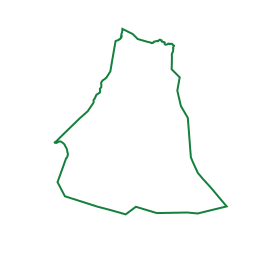 Cagaanxairxan, Uvs, Mongolia (Robinson projection), rotated 348°
{"feature_id": "93677404B56626130004498", "entity_name": "Cagaanxairxan", "entity_type": "district", "adm_level": 2, "iso_a3": "MNG", "parent_name": "Mongolia", "parent_adm1": "Uvs", "projection": "robinson", "projection_center": [94.224, 49.176], "detail": "fine", "context": "isolated", "style": "outline", "palette": "green", "viewbox_px": 256, "rotation_deg": 348, "n_neighbors": 0, "source": "geoboundaries", "source_scale": "gbopen_adm2", "svg_char_len": 3641}
<svg xmlns="http://www.w3.org/2000/svg" viewBox="0 0 256 256"><g transform="rotate(348 128 128)"><path d="M143.1,29.9L142.9,30.5L142.9,30.8L142.8,31.4L142.7,31.6L142.6,31.8L142.5,32.1L142.3,32.4L142.1,33.0L141.7,33.7L141.1,34.9L140.9,35.3L140.8,35.5L140.7,35.8L140.7,36.1L140.9,36.3L141.0,36.5L140.9,36.9L140.7,37.0L140.2,37.1L140.1,37.4L140.1,37.6L140.3,37.7L140.4,37.9L140.3,38.0L140.2,38.3L139.9,38.5L139.6,38.6L139.4,38.8L139.2,38.9L139.0,39.1L138.8,39.3L138.5,39.3L138.2,39.5L137.9,39.4L137.7,39.4L137.5,39.5L137.3,39.6L137.0,40.0L136.6,40.1L136.2,40.1L135.8,40.1L135.3,40.2L134.9,40.2L134.4,40.2L133.9,40.4L125.8,60.6L122.5,69.0L117.8,73.8L117.7,74.0L117.3,74.3L116.8,74.5L116.4,74.6L116.2,74.8L115.7,75.2L115.2,75.4L114.6,75.6L114.1,75.8L113.5,76.0L112.1,77.0L111.1,78.3L110.9,78.9L110.9,79.5L111.0,80.2L110.8,80.7L110.7,81.3L110.5,82.0L110.4,82.4L109.9,82.9L109.4,83.2L108.6,83.9L108.6,84.6L108.6,85.0L108.6,85.5L108.2,86.3L108.1,86.8L108.0,87.2L108.0,87.3L107.8,87.5L107.5,87.7L107.1,87.8L106.4,88.0L105.2,88.4L104.8,88.7L104.3,88.8L103.8,89.2L103.4,89.6L103.2,90.2L102.9,90.5L102.5,90.9L102.3,91.4L101.8,91.8L101.7,92.2L101.5,92.5L101.1,92.7L100.6,93.0L100.3,93.4L100.1,93.6L99.9,94.4L99.9,94.6L99.9,95.0L99.8,95.5L99.1,96.5L92.1,103.2L82.6,108.6L66.9,118.5L60.1,122.8L55.1,126.1L55.3,126.2L55.4,126.3L55.3,126.6L55.2,126.7L55.1,126.8L54.9,126.6L54.6,126.4L54.4,126.4L54.1,126.4L53.7,126.6L53.3,126.9L53.3,127.0L53.5,127.3L53.8,127.4L54.2,127.5L54.5,127.6L54.8,127.7L55.2,127.6L55.7,127.5L56.5,127.3L57.0,127.1L57.5,127.0L58.0,127.0L58.3,126.9L58.6,126.9L59.1,127.1L59.4,127.3L59.9,127.7L60.3,128.1L60.8,128.6L61.3,129.2L61.7,129.8L62.3,130.6L62.6,131.4L62.7,132.0L62.9,132.8L63.1,133.5L63.4,134.3L63.8,136.0L63.8,137.0L63.8,137.7L63.7,138.1L63.8,138.6L63.7,139.2L63.7,139.5L63.8,139.7L63.9,140.1L63.8,140.6L63.7,141.2L63.7,141.4L63.5,141.7L63.4,142.0L63.2,142.4L63.1,142.8L62.9,143.1L62.6,143.6L62.3,144.0L62.0,144.3L61.7,144.5L61.2,144.7L54.6,155.4L47.8,166.3L52.1,181.7L81.8,198.6L93.0,204.2L107.8,212.0L119.3,206.7L138.5,217.2L168.4,223.0L178.4,226.1L208.2,225.2L196.5,203.3L190.5,193.1L186.9,186.3L184.2,174.1L183.4,169.7L187.3,140.5L188.6,130.5L184.3,117.5L184.0,101.7L189.1,89.2L182.9,79.6L184.8,71.8L185.6,68.2L185.8,67.4L185.9,66.7L185.9,66.3L186.0,65.8L186.2,65.1L186.5,64.6L186.7,64.2L186.9,63.7L187.8,62.8L188.0,62.4L188.3,61.6L188.3,61.4L188.5,60.9L188.6,60.5L188.6,60.2L188.8,59.9L188.7,59.7L188.7,59.4L188.8,58.9L188.8,58.7L189.0,58.4L189.3,58.1L189.5,57.8L189.8,57.6L190.0,57.3L190.1,57.2L190.1,56.9L189.7,56.6L189.5,56.4L189.3,56.3L189.1,56.1L189.0,55.9L188.9,55.7L188.9,55.4L188.8,55.1L188.5,54.8L188.3,54.7L187.9,54.7L187.7,54.6L187.4,54.6L187.1,54.6L186.8,54.5L186.2,54.6L185.9,54.5L185.8,54.4L185.8,54.1L185.7,54.0L185.4,53.9L185.1,54.0L185.0,53.9L184.8,53.9L184.2,54.2L183.6,54.4L183.1,54.4L182.8,54.4L182.5,54.3L182.3,54.3L182.0,54.3L181.8,54.2L181.7,54.0L181.4,53.4L181.3,53.2L181.4,52.8L181.3,52.6L181.4,52.2L181.5,52.0L181.6,51.9L181.4,51.7L181.2,51.6L180.7,51.2L179.9,51.0L179.7,50.8L179.3,50.7L179.1,50.4L178.9,50.2L178.9,49.9L179.0,49.7L179.1,49.3L178.9,49.1L178.4,48.9L178.1,48.7L177.9,48.6L177.7,48.3L177.6,48.2L177.4,48.2L177.1,48.3L176.8,48.5L176.4,48.7L176.1,48.9L175.8,49.2L175.5,49.3L175.4,49.3L175.2,49.3L174.9,49.1L174.7,48.9L174.3,48.9L173.8,49.0L173.5,49.0L173.1,48.9L172.7,49.0L172.4,49.0L172.0,49.0L171.6,48.9L171.3,49.1L171.0,49.4L170.8,49.5L170.6,49.5L170.4,49.6L170.2,49.8L170.0,50.0L169.7,49.9L169.2,49.7L169.0,49.8L168.8,49.9L168.5,49.8L168.4,49.6L167.6,49.0L167.0,48.6L166.4,48.4L165.4,48.0L156.0,43.0L152.2,37.1L143.1,29.9Z" fill="none" stroke="#15803d" stroke-width="2"/></g></svg>